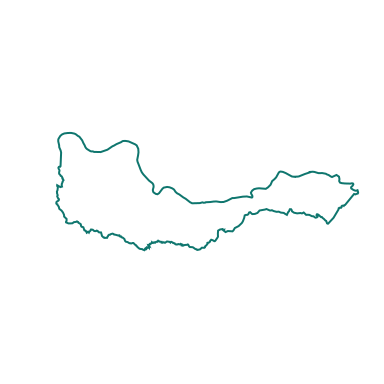 outline of Magangué, Bolívar, Colombia, rotated 302°
{"feature_id": "7082276B80599061362425", "entity_name": "Magangué", "entity_type": "district", "adm_level": 2, "iso_a3": "COL", "parent_name": "Colombia", "parent_adm1": "Bolívar", "projection": "natural_earth1", "projection_center": [-74.76, 9.142], "detail": "fine", "context": "isolated", "style": "outline", "palette": "teal", "viewbox_px": 384, "rotation_deg": 302, "n_neighbors": 0, "source": "geoboundaries", "source_scale": "gbopen_adm2", "svg_char_len": 6081}
<svg xmlns="http://www.w3.org/2000/svg" viewBox="0 0 384 384"><g transform="rotate(302 192 192)"><path d="M281.2,331.4L280.0,330.5L279.6,329.5L279.3,327.6L279.4,325.3L279.8,324.7L280.5,324.4L282.5,324.9L283.9,324.8L284.2,324.6L284.5,324.0L284.2,323.1L283.0,321.8L280.3,317.2L278.9,314.4L278.4,312.7L278.5,312.3L279.3,311.0L281.1,310.2L282.9,308.5L283.0,305.5L278.9,302.8L278.7,301.3L278.8,298.9L278.4,297.1L278.4,295.8L277.1,292.5L275.0,289.2L273.9,285.2L273.2,283.7L271.5,281.4L271.3,281.7L267.1,278.2L261.9,274.4L261.1,273.5L259.7,271.4L259.5,271.5L258.1,268.5L257.7,261.4L257.2,258.4L256.3,256.3L255.5,255.6L254.5,255.3L249.0,255.6L246.5,255.1L243.7,254.2L239.8,254.8L236.2,254.0L233.8,252.9L230.7,246.9L229.4,245.2L227.4,243.2L225.1,242.3L222.7,242.3L221.9,243.1L220.9,245.0L220.1,245.7L219.5,245.9L219.0,245.7L217.3,240.9L215.0,237.6L209.3,231.1L208.2,229.4L203.2,226.4L200.2,224.0L198.5,221.4L197.0,217.9L195.6,215.7L193.1,212.7L190.6,209.1L190.2,209.0L189.1,207.7L188.7,206.3L186.8,204.6L182.5,198.1L182.3,195.8L182.9,190.2L182.8,187.5L183.2,182.5L183.0,180.0L183.4,177.9L184.5,175.6L184.6,174.8L184.6,173.2L184.1,170.5L183.1,168.2L180.7,165.7L179.1,165.2L173.5,164.7L171.8,163.9L171.2,162.3L171.3,159.5L172.3,158.2L173.2,157.6L175.8,156.8L176.8,156.2L177.9,155.1L178.5,153.7L178.9,149.5L181.1,141.5L182.1,139.0L183.6,136.7L187.1,132.1L188.8,129.8L190.2,128.5L194.4,126.9L197.3,125.6L200.2,123.5L202.2,120.4L202.3,118.5L201.3,111.4L200.1,108.6L198.8,106.6L198.2,106.1L196.6,105.4L192.6,102.6L189.9,101.2L188.6,100.3L183.1,97.9L177.5,93.4L174.1,87.7L173.9,86.4L173.0,85.0L172.8,83.9L172.8,80.3L173.0,79.1L173.8,77.4L174.6,76.4L175.9,74.0L177.6,71.5L179.2,67.2L179.1,65.5L179.4,62.7L179.2,61.3L178.1,58.3L176.3,55.5L174.0,52.7L172.0,51.3L169.8,50.6L166.5,50.6L165.4,50.9L164.0,51.8L161.3,54.5L159.6,55.7L157.6,58.6L156.1,60.1L144.3,66.8L143.6,66.8L143.3,66.2L142.7,65.8L141.9,65.8L141.2,66.4L140.2,68.1L139.5,68.5L138.6,68.7L137.4,69.4L137.0,69.8L136.6,71.4L136.1,72.1L136.2,72.5L136.2,73.2L135.5,74.4L135.0,74.7L135.0,75.2L134.4,75.5L134.2,76.4L133.9,76.8L132.3,76.7L131.8,77.0L129.8,77.3L129.1,77.8L128.7,77.8L127.7,78.9L126.4,77.8L126.3,74.1L125.7,74.4L125.0,75.7L122.2,77.0L120.8,77.2L120.0,77.9L119.6,78.0L118.1,79.8L117.0,79.9L115.9,81.4L115.4,82.9L114.9,82.9L114.6,83.3L113.9,83.3L112.3,82.5L111.6,82.4L110.5,82.9L110.1,83.5L110.2,84.4L109.8,84.7L109.0,86.7L107.4,88.4L107.1,91.2L106.2,93.5L104.8,95.6L103.4,96.6L102.7,99.9L101.1,100.9L100.1,100.9L99.5,101.3L99.9,103.9L101.8,106.8L102.2,107.2L103.8,107.8L105.3,109.6L106.1,110.0L106.0,110.5L106.2,111.4L105.7,112.0L105.8,113.6L105.7,114.8L104.5,115.8L104.0,116.8L104.4,117.7L104.5,118.6L102.5,121.0L102.8,122.0L102.4,122.6L102.6,123.1L101.7,124.3L103.0,124.8L102.9,125.1L103.3,125.3L103.0,126.1L103.9,126.0L105.6,126.4L106.4,126.1L106.7,126.2L107.4,127.8L107.1,129.8L107.8,131.1L108.8,131.7L108.7,132.7L108.9,132.8L108.5,134.6L109.5,136.3L107.0,139.0L106.6,140.9L106.6,141.5L106.9,141.7L106.8,142.3L108.2,144.3L109.4,144.0L109.9,144.2L110.8,144.0L111.9,144.4L112.3,145.1L113.3,145.5L114.6,146.7L114.8,147.7L114.6,148.3L114.8,148.6L114.9,149.2L115.2,149.7L115.9,152.2L116.8,153.4L116.5,153.9L116.1,154.1L116.2,154.7L116.4,154.7L116.7,155.3L116.4,155.6L116.5,156.3L116.3,156.5L116.6,157.6L116.3,159.6L115.1,161.1L114.8,162.1L115.4,164.0L115.4,166.1L115.8,166.6L116.0,167.6L117.3,168.7L117.7,169.4L117.1,171.9L117.2,172.7L116.9,173.0L117.0,173.4L116.3,175.2L116.4,175.7L116.1,176.9L116.2,178.0L117.2,180.2L117.1,180.9L117.4,182.4L118.6,182.3L118.7,183.2L119.2,183.5L120.0,183.5L120.1,183.3L120.2,183.5L120.2,183.0L120.5,183.1L120.5,182.8L121.1,182.9L121.1,183.7L121.5,184.4L121.8,184.3L122.2,184.6L122.1,184.9L122.7,184.5L122.7,184.2L123.2,183.6L123.2,184.0L123.7,183.7L123.7,184.1L124.0,183.6L124.5,183.8L124.4,183.5L125.9,183.8L126.7,184.6L127.3,184.7L127.6,185.2L128.0,185.3L128.2,185.1L128.2,186.0L128.8,186.2L129.0,186.8L129.4,186.8L129.6,187.7L130.4,187.8L131.3,188.5L131.3,188.8L132.4,189.0L132.2,189.3L132.8,189.9L132.6,190.6L133.3,191.9L133.4,192.4L133.2,192.6L133.5,192.8L133.2,193.2L133.5,193.4L133.5,194.1L134.1,194.2L134.5,194.9L134.6,196.0L136.8,197.0L137.8,199.3L137.7,200.2L138.0,200.1L138.2,200.5L138.7,200.7L138.9,202.0L138.7,202.6L139.0,203.1L138.9,203.6L139.3,204.4L139.0,204.9L138.9,205.8L139.3,206.8L139.8,207.1L139.9,207.6L140.8,208.3L141.0,209.2L141.4,209.6L141.4,210.0L141.8,210.0L141.6,210.8L141.8,211.2L142.2,211.1L142.3,211.7L141.5,211.9L141.9,212.4L141.7,212.8L143.2,213.9L144.6,215.8L145.3,216.2L145.3,216.7L144.3,218.4L144.2,219.4L145.3,221.3L145.6,222.2L145.4,225.2L145.9,226.3L145.6,227.0L145.8,227.4L147.6,229.2L150.0,229.9L151.2,232.0L151.9,232.3L152.3,232.0L153.3,232.0L154.1,232.4L156.2,232.6L156.9,232.0L157.2,232.1L157.8,233.0L159.5,233.6L160.3,233.3L161.7,233.6L162.1,235.2L162.1,237.0L162.4,237.4L163.1,237.6L166.9,237.8L167.9,237.7L170.4,236.0L173.1,234.6L175.0,235.6L176.8,237.6L176.2,238.2L176.1,239.0L176.8,239.4L176.3,239.6L176.0,240.0L175.8,241.7L177.9,243.1L180.1,247.2L181.5,247.5L184.1,247.4L187.8,249.6L192.1,250.7L194.0,250.7L197.6,250.0L200.1,249.1L201.0,249.7L202.1,251.2L203.2,251.5L204.9,251.3L205.7,252.0L205.2,254.5L205.3,255.0L206.7,256.9L208.9,258.6L212.1,259.1L215.8,263.2L217.0,264.2L217.6,267.8L218.3,268.9L218.9,269.4L219.1,271.3L220.0,274.2L221.3,276.0L221.6,278.2L222.9,280.9L222.8,282.4L222.9,284.6L225.9,284.2L226.9,284.5L229.2,284.1L229.9,285.1L229.6,285.9L228.6,287.1L228.5,289.5L229.6,292.5L231.7,295.2L232.1,296.6L233.8,297.6L233.1,300.9L234.1,302.3L234.8,303.7L235.0,306.4L235.8,308.0L235.6,309.4L235.7,310.4L236.6,311.3L237.6,311.6L238.0,311.3L238.3,309.9L239.2,309.7L239.6,310.2L239.7,311.3L239.1,314.7L239.6,315.3L239.2,316.5L239.1,318.0L238.5,320.3L238.6,321.1L237.0,323.1L237.0,323.7L237.3,324.2L245.1,325.7L254.9,325.5L255.9,325.0L256.7,325.3L256.8,325.8L257.6,326.4L257.7,326.8L258.3,326.9L259.1,326.4L259.9,326.6L260.4,327.2L260.7,328.0L260.8,328.0L260.9,327.7L260.8,328.1L261.5,328.1L262.2,328.7L276.2,330.5L276.6,331.9L277.6,332.5L278.5,333.4L279.4,333.3L280.4,332.4L281.2,331.4Z" fill="none" stroke="#0f766e" stroke-width="2"/></g></svg>